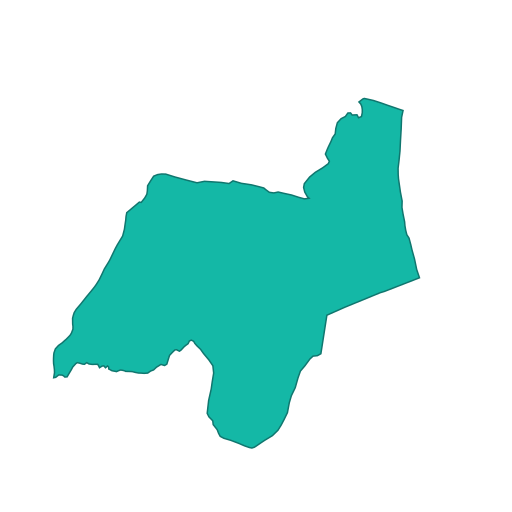 Praek Pnov, Kândal, Cambodia (Robinson projection), rotated 18°
{"feature_id": "14789045B33152667021058", "entity_name": "Praek Pnov", "entity_type": "district", "adm_level": 2, "iso_a3": "KHM", "parent_name": "Cambodia", "parent_adm1": "Kândal", "projection": "robinson", "projection_center": [104.788, 11.648], "detail": "fine", "context": "isolated", "style": "filled", "palette": "teal", "viewbox_px": 512, "rotation_deg": 18, "n_neighbors": 0, "source": "geoboundaries", "source_scale": "gbopen_adm2", "svg_char_len": 3112}
<svg xmlns="http://www.w3.org/2000/svg" viewBox="0 0 512 512"><g transform="rotate(18 256 256)"><path d="M386.8,177.6L382.8,170.5L379.8,164.7L378.0,158.6L373.6,150.6L367.7,138.6L366.1,134.7L364.0,128.6L362.5,120.9L360.5,111.7L357.6,101.0L354.8,90.3L351.6,79.0L350.9,72.2L346.7,72.2L342.3,72.1L334.5,72.0L327.4,71.8L319.6,71.8L314.2,72.3L310.3,72.7L309.1,73.6L306.3,77.7L308.7,79.1L310.5,81.2L311.8,83.8L312.8,86.9L313.2,90.8L310.8,92.8L308.4,90.5L303.9,92.2L301.7,90.7L299.2,91.6L297.9,95.7L294.5,99.1L292.2,104.1L292.5,110.1L293.6,115.4L292.2,119.9L291.9,124.0L291.1,129.9L290.8,133.0L290.5,137.6L293.8,141.0L296.5,143.2L296.2,145.9L292.1,151.6L286.6,158.0L282.6,164.3L279.6,172.3L280.1,176.1L282.6,180.1L286.5,183.7L288.6,184.7L284.4,186.7L278.5,187.0L271.0,187.0L263.1,187.8L257.3,188.3L253.5,190.5L249.0,191.3L245.1,190.0L242.4,188.9L237.0,189.2L229.9,189.7L224.9,190.5L219.7,191.4L210.9,191.6L208.0,195.4L200.1,196.8L183.9,200.9L177.3,204.6L166.3,205.3L154.4,205.9L144.9,206.0L140.8,207.2L137.2,209.0L134.0,211.7L132.7,216.5L131.2,222.7L131.7,224.5L132.6,227.9L133.1,231.0L132.3,235.0L130.3,240.5L128.4,240.8L119.7,254.7L120.2,258.6L121.0,262.0L121.8,266.8L122.6,271.3L123.0,278.2L120.7,288.0L119.9,292.3L118.2,304.9L117.7,307.3L115.8,315.1L115.1,320.9L114.2,327.2L113.0,332.0L112.1,335.0L110.0,340.6L107.7,346.3L104.2,355.7L101.5,362.3L100.6,366.0L100.6,368.8L100.8,371.9L102.7,377.5L103.6,379.3L104.5,382.1L104.3,386.3L103.7,388.8L102.6,391.1L101.1,394.1L100.3,395.3L98.5,398.5L95.8,402.1L93.9,406.3L93.8,410.6L94.2,412.7L95.0,415.7L95.8,418.3L96.8,421.0L98.0,423.3L99.4,426.4L100.4,429.2L101.2,434.3L103.0,433.3L105.1,430.1L108.3,429.2L109.9,429.4L111.6,430.2L113.7,429.3L114.4,426.0L115.5,421.2L116.0,418.2L117.9,414.0L118.9,412.7L121.4,412.4L124.3,412.4L126.3,412.0L128.0,409.7L130.5,410.3L133.8,409.7L136.8,408.6L138.9,407.9L140.8,409.6L141.7,410.6L143.6,408.3L145.2,407.5L147.4,408.8L148.8,406.4L150.1,407.1L150.9,409.0L152.5,409.2L154.1,409.6L155.5,409.5L157.5,409.2L159.0,409.1L160.7,407.6L162.2,406.4L163.9,406.0L166.4,405.8L167.7,406.0L171.1,405.0L174.0,404.2L177.3,404.0L180.4,403.6L183.2,402.8L185.8,402.2L189.2,400.8L191.3,398.0L193.8,396.0L195.7,392.5L197.5,390.4L199.1,388.5L202.9,388.4L204.6,386.4L204.5,380.3L204.5,377.2L206.2,373.6L207.9,370.4L209.3,369.7L212.6,370.2L213.8,368.6L215.7,364.5L216.9,362.6L218.5,360.4L218.9,357.4L220.5,356.0L223.1,356.4L224.8,358.0L227.6,359.7L232.0,361.8L236.3,365.0L243.3,369.4L248.9,373.7L251.9,380.4L253.3,389.5L254.5,396.3L255.6,408.0L258.2,420.7L260.9,423.5L265.8,426.1L267.4,429.6L272.8,433.2L275.2,436.2L277.7,438.6L281.8,439.3L288.8,439.1L297.2,439.5L303.8,440.1L308.9,440.2L311.4,439.9L313.5,438.4L314.6,437.1L317.9,432.8L321.3,428.5L327.1,421.8L330.7,415.0L332.2,408.9L333.2,403.1L334.3,395.3L333.0,385.2L332.8,377.9L334.0,369.1L333.6,358.9L333.8,351.7L336.4,345.4L339.1,337.3L341.2,333.6L345.2,331.8L347.9,328.9L341.7,290.4L356.4,277.2L385.5,252.5L389.1,250.0L418.2,226.2L413.0,219.2L407.7,209.9L402.4,201.9L399.7,197.4L396.0,191.7L392.9,189.2L390.5,185.4L388.3,181.2L386.8,177.6Z" fill="#14b8a6" stroke="#0f766e" stroke-width="1.5"/></g></svg>